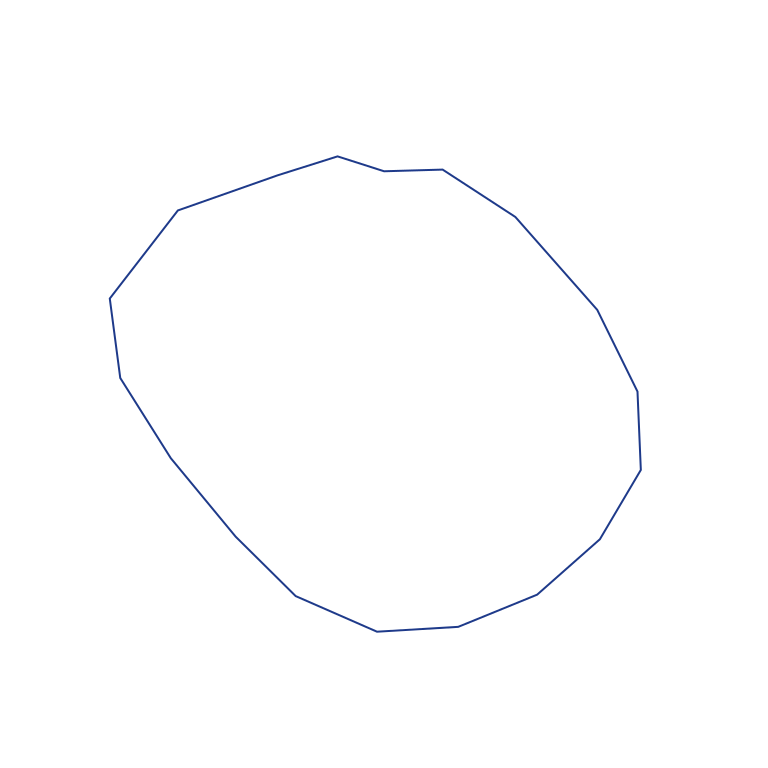 SVG path tracing the border of Bamako, rotated 145°
{"feature_id": "MLI-2792", "entity_name": "Bamako", "entity_type": "District", "adm_level": 1, "iso_a3": "MLI", "parent_name": "Mali", "parent_adm1": "", "projection": "orthographic", "projection_center": [-8.0, 12.623], "detail": "fine", "context": "isolated", "style": "outline", "palette": "blue", "viewbox_px": 768, "rotation_deg": 145, "n_neighbors": 0, "source": "natural_earth", "source_scale": "10m", "svg_char_len": 394}
<svg xmlns="http://www.w3.org/2000/svg" viewBox="0 0 768 768"><g transform="rotate(145 384 384)"><path d="M379.4,123.6L462.5,142.5L531.8,185.1L578.0,260.9L593.1,344.1L601.2,445.5L596.6,540.2L559.6,611.3L453.3,644.4L351.6,616.0L291.5,597.1L261.9,558.2L213.0,526.0L180.6,445.5L166.8,322.4L180.7,232.4L222.9,166.3L296.2,133.0L379.4,123.6Z" fill="none" stroke="#1e3a8a" stroke-width="2"/></g></svg>